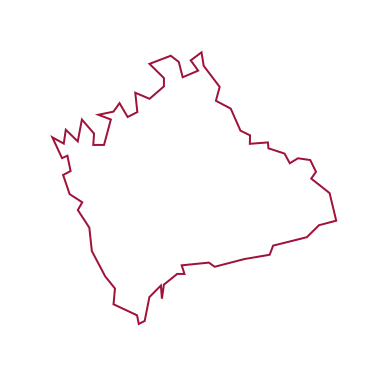 outline of Rowan, Kentucky, United States of America, rotated 100°
{"feature_id": "52423323B15346846283864", "entity_name": "Rowan", "entity_type": "district", "adm_level": 2, "iso_a3": "USA", "parent_name": "United States of America", "parent_adm1": "Kentucky", "projection": "robinson", "projection_center": [-83.44, 38.207], "detail": "fine", "context": "isolated", "style": "outline", "palette": "rose", "viewbox_px": 384, "rotation_deg": 100, "n_neighbors": 0, "source": "geoboundaries", "source_scale": "gbopen_adm2", "svg_char_len": 1010}
<svg xmlns="http://www.w3.org/2000/svg" viewBox="0 0 384 384"><g transform="rotate(100 192 192)"><path d="M181.2,325.9L177.9,321.0L192.5,315.2L197.6,321.9L215.4,312.1L221.2,298.3L229.6,301.3L245.0,286.9L267.5,280.4L290.2,262.8L300.4,251.1L316.2,249.8L323.0,224.7L331.2,221.5L327.2,216.2L302.9,215.7L289.5,206.4L302.3,203.1L288.1,203.6L275.3,192.4L274.0,185.2L266.0,189.4L258.6,163.1L261.7,156.7L248.9,128.7L240.3,104.6L230.7,102.8L216.6,71.1L202.6,61.1L195.2,45.0L169.2,56.3L158.1,76.9L150.6,73.4L140.0,81.1L140.4,93.5L146.7,100.7L138.1,107.5L135.7,124.3L130.0,125.9L134.5,143.4L126.1,144.7L123.2,154.9L103.2,168.3L98.0,184.3L83.7,183.0L65.7,202.4L52.8,206.9L62.6,216.1L71.4,207.0L80.6,221.1L66.2,227.6L61.5,236.6L73.2,256.1L84.7,239.4L92.9,238.0L107.6,250.0L104.1,265.1L122.8,259.7L129.3,268.4L117.1,278.8L126.5,283.3L132.2,297.6L134.7,284.5L160.9,286.8L162.8,297.4L151.5,298.6L139.8,313.0L162.0,313.3L152.6,327.1L166.6,326.7L162.4,339.0L181.2,325.9Z" fill="none" stroke="#9f1239" stroke-width="2"/></g></svg>